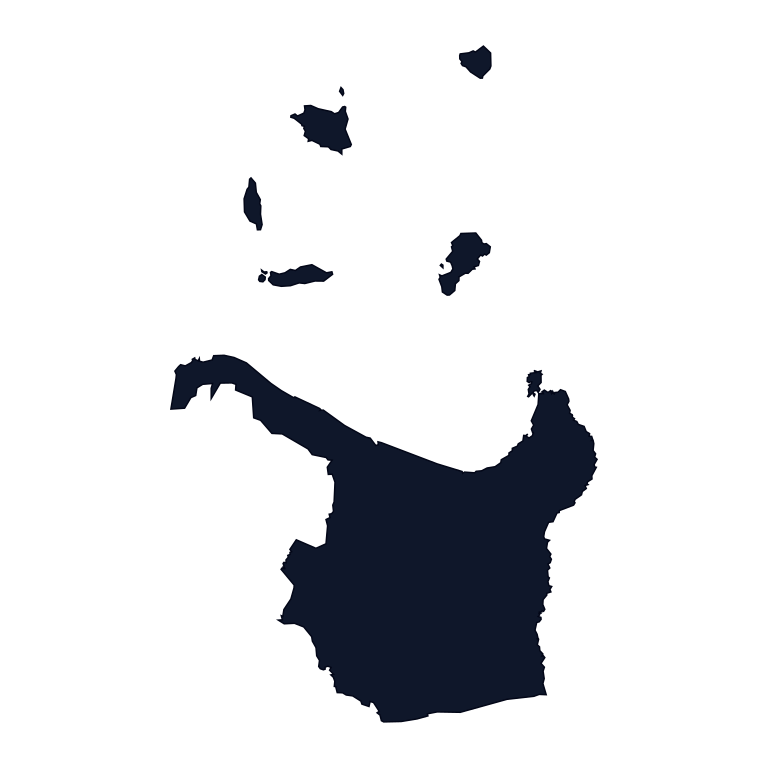 the district of Cagayan, Cagayan, Philippines
{"feature_id": "2640588B33083527354868", "entity_name": "Cagayan", "entity_type": "district", "adm_level": 2, "iso_a3": "PHL", "parent_name": "Philippines", "parent_adm1": "Cagayan", "projection": "mercator", "projection_center": [121.776, 18.537], "detail": "fine", "context": "isolated", "style": "filled", "palette": "ink", "viewbox_px": 768, "rotation_deg": 0, "n_neighbors": 0, "source": "geoboundaries", "source_scale": "gbopen_adm2", "svg_char_len": 6106}
<svg xmlns="http://www.w3.org/2000/svg" viewBox="0 0 768 768"><path d="M316.7,655.8L319.5,660.4L318.7,666.5L320.3,668.7L323.4,669.8L325.1,669.2L325.1,667.1L327.9,666.2L331.1,667.4L329.6,670.2L333.6,674.3L330.9,674.9L333.3,677.2L334.8,681.2L334.3,686.4L335.7,686.6L337.2,692.6L342.6,692.8L346.2,695.0L352.7,695.9L360.9,701.1L361.9,704.1L369.0,706.5L370.1,701.5L373.5,702.5L379.2,711.3L377.1,712.8L380.0,715.1L381.4,720.7L383.7,721.9L401.2,721.5L417.1,718.9L427.9,715.9L427.4,713.8L437.2,711.9L460.3,712.3L507.0,699.3L533.9,696.3L539.2,694.4L546.2,694.7L542.9,683.5L544.2,678.6L543.1,671.2L544.4,667.2L541.0,663.4L544.8,657.6L543.3,655.7L541.8,656.1L542.9,654.0L539.8,650.6L539.5,646.8L537.3,644.8L538.6,639.2L537.9,637.9L537.1,638.9L537.0,638.7L537.8,637.6L537.1,634.3L535.0,630.2L536.7,622.5L539.2,621.8L541.1,619.3L540.9,617.4L538.2,616.5L539.7,614.7L539.0,613.3L540.6,613.2L539.7,612.1L541.9,611.9L542.1,610.6L543.6,611.3L544.8,609.3L542.8,604.5L543.1,599.6L546.8,595.1L546.7,593.3L550.9,591.9L549.9,589.5L551.7,586.5L548.9,585.7L547.9,581.6L549.4,577.9L548.1,576.8L547.5,570.2L549.8,568.0L547.9,564.0L550.2,562.7L551.4,559.2L549.7,556.6L550.9,554.1L546.5,548.5L547.5,542.2L549.5,540.3L544.5,538.9L543.7,536.6L544.5,531.7L548.6,522.3L553.0,521.7L557.0,513.0L559.2,512.5L559.3,510.6L573.6,505.1L575.0,502.8L574.2,501.8L575.0,499.4L581.5,494.8L582.3,491.5L586.3,488.5L585.0,485.5L588.0,484.6L587.0,483.8L587.6,481.8L592.0,479.0L591.8,475.7L596.3,467.3L594.8,467.0L594.1,464.6L597.1,459.3L594.6,457.1L595.6,453.8L593.1,450.5L593.8,443.7L593.1,440.3L591.9,440.4L592.7,439.7L591.7,436.4L589.1,436.2L589.6,433.6L586.2,431.6L584.1,426.4L578.3,424.4L576.8,421.5L573.5,420.2L574.5,418.7L572.2,417.1L572.5,415.6L572.2,414.7L569.6,413.2L570.1,410.3L567.1,404.8L568.9,401.3L568.6,398.9L565.3,391.5L560.5,389.7L558.1,392.2L554.8,392.5L554.3,393.9L552.8,393.2L553.4,392.9L552.7,391.4L551.6,393.7L550.8,391.9L551.8,391.3L550.6,390.6L548.0,392.5L544.3,390.1L541.8,392.0L543.1,392.4L543.4,393.7L538.8,393.7L538.1,404.5L531.3,420.8L533.7,425.1L531.4,429.0L532.8,433.1L532.5,431.7L533.4,432.5L533.5,434.0L533.1,433.1L532.5,435.6L529.1,438.0L526.2,436.2L527.7,434.0L525.8,435.6L523.7,435.4L522.9,441.0L518.3,443.8L517.3,446.2L512.3,448.3L512.3,450.8L509.0,452.9L508.9,455.4L501.3,459.7L500.8,462.7L495.1,466.7L487.1,468.0L481.6,470.8L476.1,471.3L474.7,472.8L464.5,472.1L462.7,473.4L462.1,471.5L437.2,463.9L381.5,442.7L378.0,441.8L378.3,444.7L375.8,445.5L370.2,438.1L366.0,437.2L344.6,425.5L323.3,410.1L320.2,410.4L320.9,409.8L319.7,408.5L294.3,396.6L295.7,397.6L293.1,397.4L281.3,390.6L270.9,383.4L246.4,362.9L234.1,357.5L224.1,355.3L213.7,355.7L212.1,360.0L203.1,362.2L199.5,361.2L199.3,358.6L198.2,360.8L195.1,359.5L194.7,357.9L192.3,359.3L192.7,360.8L191.3,362.6L185.3,365.9L180.6,364.7L178.6,366.6L174.9,371.1L176.4,374.6L176.0,378.4L170.9,409.1L184.6,408.2L190.9,397.6L195.7,395.5L196.9,387.9L202.7,384.3L212.6,383.5L211.2,388.3L211.2,398.6L220.3,383.1L231.9,382.9L236.0,384.4L235.6,390.0L252.3,396.9L253.7,417.8L260.6,420.3L271.9,433.4L282.2,433.9L308.0,448.9L312.2,454.6L326.2,457.5L328.0,459.9L332.1,460.2L327.3,467.2L328.3,474.4L332.2,474.2L335.0,482.2L334.1,502.0L332.8,505.1L333.5,511.4L331.6,513.7L329.2,514.2L330.0,517.6L326.0,519.5L327.6,525.8L326.0,543.8L315.9,548.3L296.3,539.8L289.9,549.4L291.6,551.7L290.0,552.4L290.1,554.4L287.8,555.4L288.3,557.2L286.0,559.9L286.2,562.7L283.9,562.4L283.1,563.5L284.6,567.9L283.5,567.3L283.9,568.5L282.2,567.9L281.1,569.3L294.2,585.1L294.0,588.0L290.9,599.0L283.9,609.5L282.8,616.3L281.3,615.7L282.4,619.8L278.3,620.1L284.2,623.8L294.5,623.3L303.7,626.9L311.7,636.7L312.4,641.2L316.0,647.6L316.7,655.8ZM351.3,144.5L345.1,129.1L348.0,119.0L345.3,111.4L345.7,107.2L344.7,106.5L342.6,107.0L338.6,112.5L334.5,113.8L331.4,111.7L318.1,108.7L310.8,105.5L304.5,105.9L305.0,109.9L303.9,113.1L297.5,116.0L295.0,114.0L291.0,115.7L290.8,117.2L294.2,118.3L301.6,124.1L302.0,125.7L304.4,126.3L303.8,128.5L305.4,131.2L304.2,135.6L308.6,138.7L308.2,141.3L312.0,140.4L319.9,144.2L320.8,146.5L328.4,146.8L331.0,149.5L338.0,151.0L341.8,154.1L341.8,149.0L350.3,146.5L351.3,144.5ZM475.8,233.0L460.9,233.5L459.9,235.7L451.5,242.5L452.8,245.6L451.5,246.8L452.7,251.3L446.2,259.1L446.8,261.1L450.6,262.1L452.2,265.8L452.9,268.9L450.8,272.4L441.9,275.9L439.5,274.8L440.2,277.3L439.0,279.3L441.8,286.7L442.4,292.0L447.1,295.1L449.5,295.0L454.8,290.5L455.4,283.8L458.9,280.6L459.0,276.9L465.3,273.2L468.1,273.3L472.3,269.2L475.0,268.9L474.1,266.8L478.4,265.5L479.5,261.4L477.3,259.0L480.6,255.0L482.5,256.0L484.5,254.1L486.3,255.1L489.3,252.7L490.3,246.8L486.3,243.6L483.9,244.0L481.9,242.7L481.5,240.2L475.8,233.0ZM311.9,264.7L300.4,267.0L295.4,270.5L290.3,269.4L285.0,272.8L279.2,274.2L271.7,271.6L270.5,272.4L271.0,275.7L268.6,278.6L268.7,280.5L273.2,284.8L281.3,286.3L290.5,285.7L299.1,282.9L304.8,283.5L315.0,281.0L323.7,281.1L332.6,274.3L331.9,271.8L326.5,272.8L311.9,264.7ZM483.4,46.1L475.4,52.1L473.2,50.9L469.0,52.8L460.2,53.9L459.7,55.5L459.8,58.9L462.0,61.6L461.1,63.4L462.5,65.6L466.0,66.8L470.6,72.0L480.2,78.2L482.4,78.1L482.8,76.0L489.8,69.0L490.9,66.0L490.6,53.0L483.4,46.1ZM251.0,177.9L249.6,179.2L248.9,187.1L247.1,189.3L244.1,198.8L244.5,211.9L250.0,221.1L256.4,223.9L257.4,229.8L260.5,229.7L262.1,224.6L260.5,214.2L260.8,205.8L259.7,203.8L260.3,199.6L256.3,192.4L255.4,183.1L251.0,177.9ZM538.2,392.5L540.0,389.3L537.8,385.9L541.1,382.5L541.0,375.3L542.1,374.3L540.4,373.3L541.0,370.9L537.7,371.9L534.0,370.5L535.8,372.6L530.3,373.3L530.3,374.6L528.6,374.7L529.2,376.7L527.4,377.5L527.2,381.4L529.1,382.6L530.9,381.6L531.8,381.9L531.4,383.7L528.7,385.2L530.0,386.8L528.3,389.4L529.0,393.9L527.7,396.4L528.6,396.8L534.4,390.8L536.8,390.5L538.2,392.5ZM261.8,274.5L259.4,276.2L258.6,279.8L259.8,281.4L262.9,281.8L265.0,279.7L265.3,277.1L261.8,274.5ZM341.0,87.5L339.6,91.3L342.7,95.4L343.7,93.5L343.0,89.7L341.0,87.5ZM261.9,271.7L265.5,274.0L267.0,272.9L266.7,271.8L264.0,272.0L261.6,270.1L261.9,271.7ZM441.4,264.1L440.3,265.4L442.9,267.8L442.9,265.1L441.4,264.1ZM533.7,393.3L533.2,394.5L534.2,396.1L535.0,394.2L533.7,393.3Z" fill="#0f172a" stroke="#020617" stroke-width="1.5"/></svg>